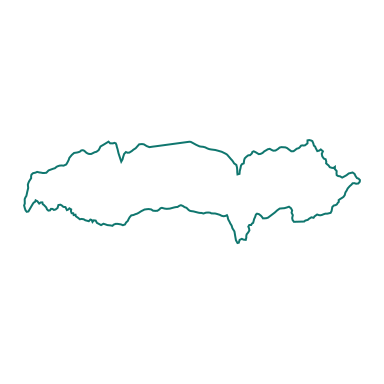 outline of Crixás do Tocantins, Tocantins, Brazil, rotated 179°
{"feature_id": "56859067B45342107089444", "entity_name": "Crixás do Tocantins", "entity_type": "district", "adm_level": 2, "iso_a3": "BRA", "parent_name": "Brazil", "parent_adm1": "Tocantins", "projection": "robinson", "projection_center": [-49.079, -11.157], "detail": "fine", "context": "isolated", "style": "outline", "palette": "teal", "viewbox_px": 384, "rotation_deg": 179, "n_neighbors": 0, "source": "geoboundaries", "source_scale": "gbopen_adm2", "svg_char_len": 5052}
<svg xmlns="http://www.w3.org/2000/svg" viewBox="0 0 384 384"><g transform="rotate(179 192 192)"><path d="M356.7,195.1L357.2,192.9L357.7,190.9L358.6,189.6L359.4,187.8L359.4,185.9L359.4,183.3L360.1,181.5L359.4,178.6L358.7,176.5L357.6,175.1L355.9,175.4L354.7,177.4L352.6,180.9L351.5,182.7L350.5,184.1L349.0,185.0L348.5,186.4L346.8,185.5L345.0,183.1L343.5,184.2L341.8,184.2L341.4,182.4L340.2,181.5L338.0,179.1L337.3,177.2L335.9,175.9L334.3,176.1L333.3,177.6L331.7,177.5L330.4,176.5L328.7,176.9L326.7,178.4L325.8,181.3L323.8,181.6L322.4,180.8L320.9,179.4L318.8,179.1L317.4,176.1L315.9,176.7L314.9,177.8L313.1,176.7L313.4,174.9L312.7,172.9L311.1,172.8L310.7,171.0L308.9,171.3L308.6,169.8L306.4,168.2L304.6,166.7L302.9,167.0L300.7,166.6L299.2,165.6L297.4,165.1L295.7,164.6L294.1,166.2L292.8,165.8L292.0,163.8L290.7,165.4L288.8,165.1L287.6,162.8L285.6,161.7L283.5,160.5L281.1,161.8L279.3,161.2L277.2,160.4L275.5,160.2L274.0,160.0L272.1,159.6L271.0,160.7L268.8,161.5L266.7,161.4L263.5,160.8L261.7,160.0L259.6,160.7L258.4,162.7L256.8,164.1L255.9,165.9L254.8,167.8L253.1,169.7L251.0,170.0L249.0,170.8L247.3,171.3L245.7,172.1L243.8,173.3L242.5,174.0L241.2,174.6L239.8,175.3L237.3,175.6L235.7,175.7L233.1,175.3L231.3,174.0L229.2,173.8L227.0,173.8L225.1,175.0L223.8,176.3L222.4,176.7L219.7,175.9L217.5,175.6L214.4,175.8L210.0,176.9L208.3,177.2L206.7,177.3L204.8,178.5L203.3,179.0L201.4,178.2L199.7,177.0L197.8,176.3L195.6,174.0L194.3,173.2L193.0,172.9L191.0,172.6L185.9,171.2L184.2,170.9L182.9,170.9L180.9,170.3L178.4,171.1L176.1,171.2L174.3,171.0L173.0,170.3L171.4,170.2L169.2,170.1L167.7,169.7L164.6,168.7L162.8,167.7L160.8,167.2L159.0,167.5L157.5,168.2L156.8,166.6L156.5,164.8L156.0,163.4L155.0,161.6L154.3,159.9L153.0,157.8L152.2,155.0L150.3,151.9L150.0,150.1L149.6,147.3L149.3,145.4L148.9,143.0L147.4,140.2L146.1,140.5L145.2,143.3L143.0,144.3L141.4,143.5L139.1,143.2L138.5,145.5L138.5,147.0L138.1,148.7L136.5,150.6L135.3,152.6L135.6,154.7L136.3,156.4L135.3,158.0L133.4,158.0L132.7,159.3L131.4,160.1L130.8,162.2L130.4,163.7L129.3,166.0L128.5,168.3L127.4,169.2L125.5,168.7L123.5,167.1L122.5,165.9L121.5,164.4L120.1,164.4L118.2,164.5L116.5,165.0L114.7,166.3L112.9,167.6L109.6,170.0L107.1,172.2L104.6,173.9L102.0,174.1L100.0,174.2L97.7,174.8L95.3,175.6L93.3,174.0L92.2,171.8L92.8,169.5L91.6,167.1L92.3,164.2L91.9,162.2L90.6,160.4L81.9,160.5L80.4,160.5L79.2,161.5L76.7,162.1L75.6,163.1L73.1,164.6L70.9,164.1L69.9,165.5L68.6,166.4L67.3,167.3L65.3,166.6L63.8,166.5L62.2,166.9L61.0,167.4L59.1,168.0L57.0,168.0L53.8,168.7L52.8,170.5L52.3,172.8L52.0,174.5L50.5,176.0L48.6,176.4L47.4,177.1L46.5,178.5L45.4,179.6L45.5,181.3L44.3,182.2L42.6,183.2L40.7,184.4L39.4,186.1L38.6,188.9L37.3,190.8L36.3,192.8L34.2,195.1L32.4,196.6L31.3,197.9L29.4,198.0L27.8,197.4L25.6,197.6L24.1,199.3L23.9,201.0L25.3,202.5L26.8,203.0L28.2,205.1L29.2,207.3L31.1,208.7L35.0,207.8L36.5,206.6L37.7,205.8L39.4,204.9L41.6,203.8L43.7,205.1L45.6,205.4L47.0,206.3L47.2,207.9L47.0,210.4L48.8,212.5L48.7,214.6L50.3,213.5L52.0,213.8L53.8,214.4L55.0,216.2L56.1,217.1L57.4,218.3L57.2,220.0L57.8,222.4L59.6,223.1L61.1,225.3L61.6,227.9L60.4,230.4L62.5,232.3L64.0,231.2L66.0,230.7L66.8,232.3L67.6,233.9L68.1,235.3L69.3,236.2L69.8,238.3L70.8,240.8L72.0,241.4L73.9,241.9L75.6,241.6L75.7,238.6L78.2,236.7L79.6,236.5L80.9,236.7L82.2,236.4L83.4,234.9L84.5,234.0L86.6,233.4L88.1,232.2L89.8,231.0L92.0,231.0L94.6,233.0L96.2,234.3L97.9,235.0L99.2,235.1L101.8,235.3L103.6,234.9L105.3,233.5L107.8,232.0L110.0,231.9L111.5,232.6L113.5,233.8L115.5,233.4L117.0,232.5L119.0,231.4L120.8,229.8L122.8,228.9L124.6,228.7L126.6,230.0L128.1,230.9L129.6,231.6L130.9,231.0L131.5,229.5L133.3,227.8L135.1,227.7L136.9,226.4L138.7,224.7L139.3,222.9L139.8,219.7L141.7,218.9L142.6,217.4L143.1,215.0L143.9,212.1L144.2,209.3L146.2,208.8L146.4,211.0L146.4,213.3L146.6,215.8L147.2,218.3L149.4,219.9L150.4,221.6L151.3,222.9L152.4,224.1L153.3,225.2L156.2,228.7L157.5,229.6L160.2,231.0L161.6,231.7L165.2,232.8L168.0,233.6L172.1,234.2L174.1,234.6L175.9,235.3L178.0,236.4L180.1,237.0L182.1,237.2L183.7,237.5L187.0,239.1L190.5,241.1L192.3,242.1L193.7,242.3L227.9,238.3L229.9,238.1L233.8,237.6L236.5,238.7L239.3,240.5L241.2,240.8L244.0,240.6L247.6,236.7L249.9,235.3L251.2,234.2L252.8,233.2L254.0,232.5L255.8,232.4L257.4,233.1L259.2,231.2L260.3,228.0L260.9,225.8L262.2,223.6L263.5,227.8L264.8,232.0L265.7,236.2L266.4,238.6L266.7,240.3L267.4,242.0L268.7,242.5L270.2,242.0L273.0,242.1L274.6,243.8L279.5,240.9L282.7,239.1L283.5,237.5L284.6,235.5L286.8,233.9L288.8,233.4L290.4,232.6L292.1,231.8L293.5,231.8L294.9,232.0L296.8,233.0L299.0,235.1L300.4,235.7L302.0,235.5L303.1,234.5L304.5,233.9L306.2,233.5L309.2,233.1L311.5,231.2L314.0,228.3L314.7,226.3L316.1,223.6L317.3,221.7L319.9,220.6L321.9,220.8L323.8,220.7L325.5,220.2L326.9,219.6L328.6,218.2L330.7,217.6L333.3,216.7L335.0,216.1L336.1,215.0L337.3,213.8L339.2,213.6L340.9,213.6L342.7,214.0L344.2,214.2L346.5,214.8L348.1,214.1L350.6,213.6L352.2,212.2L352.6,210.6L352.6,208.6L353.7,207.0L354.7,205.5L355.4,204.0L356.0,202.2L355.7,198.9L356.7,195.1Z" fill="none" stroke="#0f766e" stroke-width="2"/></g></svg>